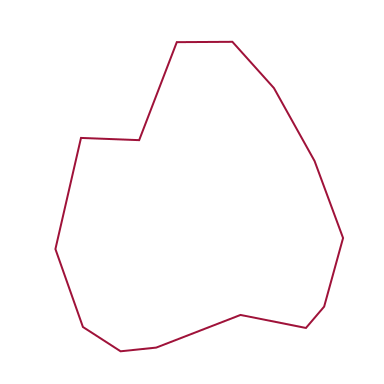 Arxust, Töv, Mongolia (Mercator projection), rotated 82°
{"feature_id": "93677404B33334690318277", "entity_name": "Arxust", "entity_type": "district", "adm_level": 2, "iso_a3": "MNG", "parent_name": "Mongolia", "parent_adm1": "Töv", "projection": "mercator", "projection_center": [107.97, 47.468], "detail": "fine", "context": "isolated", "style": "outline", "palette": "rose", "viewbox_px": 384, "rotation_deg": 82, "n_neighbors": 0, "source": "geoboundaries", "source_scale": "gbopen_adm2", "svg_char_len": 338}
<svg xmlns="http://www.w3.org/2000/svg" viewBox="0 0 384 384"><g transform="rotate(82 192 192)"><path d="M310.5,318.8L339.8,284.9L341.1,249.1L320.5,161.1L342.5,98.1L323.9,77.1L258.6,48.8L178.4,66.3L100.5,96.4L48.9,131.1L41.5,186.2L133.3,237.1L123.0,294.4L229.5,335.2L310.5,318.8Z" fill="none" stroke="#9f1239" stroke-width="2"/></g></svg>